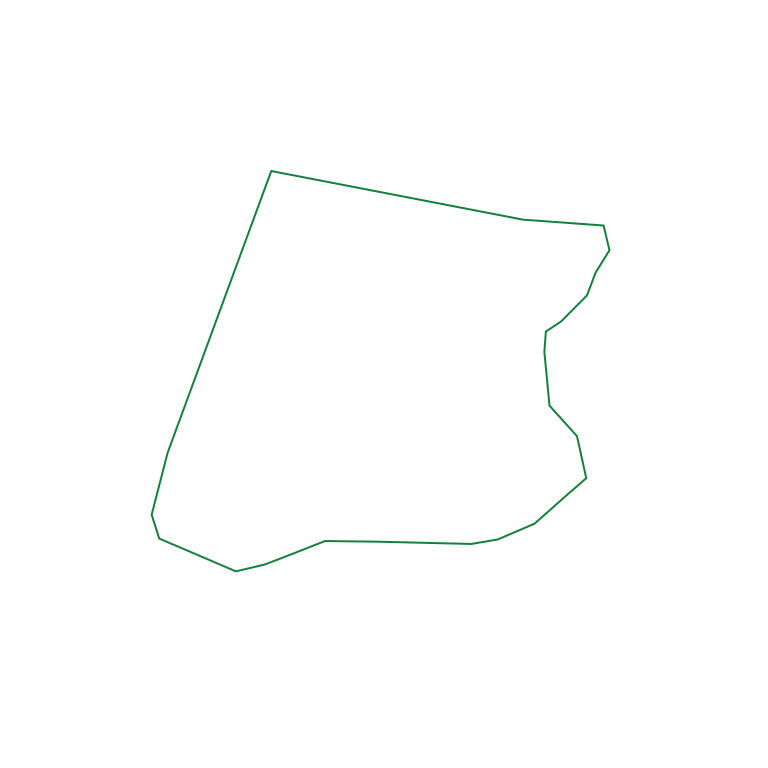 outline of Santana do São Francisco, Sergipe, Brazil, rotated 127°
{"feature_id": "56859067B59793984348526", "entity_name": "Santana do São Francisco", "entity_type": "district", "adm_level": 2, "iso_a3": "BRA", "parent_name": "Brazil", "parent_adm1": "Sergipe", "projection": "robinson", "projection_center": [-36.636, -10.286], "detail": "fine", "context": "isolated", "style": "outline", "palette": "green", "viewbox_px": 768, "rotation_deg": 127, "n_neighbors": 0, "source": "geoboundaries", "source_scale": "gbopen_adm2", "svg_char_len": 466}
<svg xmlns="http://www.w3.org/2000/svg" viewBox="0 0 768 768"><g transform="rotate(127 384 384)"><path d="M337.5,165.8L309.5,198.5L301.7,238.8L261.9,275.2L244.7,286.3L227.5,280.2L191.1,275.2L167.4,282.1L141.5,284.4L125.3,304.0L169.1,371.9L281.8,602.2L569.2,515.4L628.2,490.9L642.7,470.5L622.8,389.6L600.2,370.8L583.0,360.0L544.9,336.6L514.5,295.2L459.2,218.0L439.7,199.6L404.9,179.7L366.8,172.0L337.5,165.8Z" fill="none" stroke="#15803d" stroke-width="2"/></g></svg>